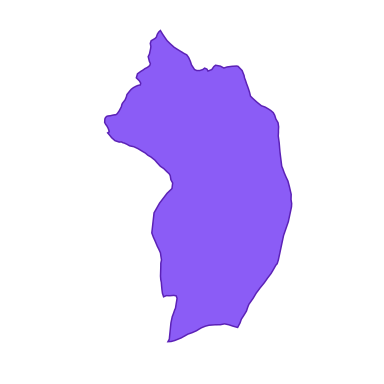 the district of Owan East, Edo, Nigeria, rotated 12°
{"feature_id": "59680162B90522809362613", "entity_name": "Owan East", "entity_type": "district", "adm_level": 2, "iso_a3": "NGA", "parent_name": "Nigeria", "parent_adm1": "Edo", "projection": "robinson", "projection_center": [6.02, 7.027], "detail": "fine", "context": "isolated", "style": "filled", "palette": "violet", "viewbox_px": 384, "rotation_deg": 12, "n_neighbors": 0, "source": "geoboundaries", "source_scale": "gbopen_adm2", "svg_char_len": 2838}
<svg xmlns="http://www.w3.org/2000/svg" viewBox="0 0 384 384"><g transform="rotate(12 192 192)"><path d="M271.7,140.3L269.6,134.2L268.6,130.9L267.1,125.9L265.7,122.0L264.7,119.2L264.2,115.9L263.7,113.6L263.2,110.3L261.8,106.4L258.8,103.1L256.9,99.7L255.5,98.1L255.0,97.5L252.1,95.9L249.2,94.8L245.8,93.7L241.9,93.2L236.6,90.5L231.8,87.7L229.3,86.1L227.4,82.2L225.5,78.9L223.5,75.7L223.0,75.0L221.8,72.9L221.1,71.7L219.6,69.4L218.7,67.2L215.8,62.8L213.3,61.1L210.9,59.5L209.5,59.5L205.1,60.7L200.3,62.4L197.4,64.1L193.6,63.0L188.7,63.1L187.3,64.8L185.9,68.1L182.5,70.4L182.0,69.8L181.0,68.7L178.6,68.2L177.2,69.9L174.3,71.6L171.4,72.2L169.0,71.7L165.1,67.8L163.2,64.5L160.7,61.1L158.3,58.9L155.6,58.2L148.6,55.7L144.3,54.1L139.5,51.3L136.1,49.1L133.2,46.4L130.3,43.6L127.5,40.6L126.2,42.4L125.3,44.8L124.9,48.0L124.0,49.4L122.5,50.8L120.6,52.5L120.3,55.3L121.5,58.2L121.7,60.3L121.7,61.3L121.7,65.9L121.0,68.7L123.1,73.0L124.6,75.1L124.6,75.6L124.3,77.2L122.8,79.0L122.1,79.7L120.3,81.1L119.1,82.5L116.6,84.9L115.0,86.7L114.1,87.7L113.8,91.9L117.4,94.2L119.2,96.2L119.2,98.0L117.0,99.0L115.5,100.0L113.0,102.1L111.2,104.2L110.2,106.0L109.0,108.4L108.1,110.2L108.0,112.7L107.4,115.8L105.5,119.7L105.2,121.1L105.2,123.2L104.5,125.7L103.9,127.8L102.6,130.9L101.4,132.3L99.9,132.7L98.3,133.4L96.2,134.4L94.0,135.1L92.8,135.8L91.9,137.2L91.6,138.6L92.1,142.1L93.6,143.9L94.8,144.9L96.4,146.7L97.6,148.5L98.5,150.3L97.2,151.7L98.7,152.8L102.1,155.6L106.0,157.8L110.3,158.3L112.7,157.7L114.2,158.2L115.6,158.2L117.7,158.7L118.0,158.7L121.4,159.8L125.8,159.8L130.1,160.8L134.9,162.5L138.3,163.6L141.2,165.2L144.6,166.3L149.0,168.5L151.9,170.7L155.7,173.4L159.6,175.0L163.0,177.2L165.9,178.9L166.6,179.7L167.3,180.5L168.8,184.4L171.2,187.2L171.3,188.3L171.7,192.8L167.9,198.4L162.6,209.6L159.2,220.3L159.3,221.1L161.2,240.4L163.6,244.2L166.1,247.6L169.5,252.5L171.4,254.8L173.8,258.1L174.8,260.9L176.3,264.8L176.3,268.1L177.2,272.6L178.7,280.9L179.7,284.3L180.4,285.9L180.7,286.5L182.0,290.9L183.1,294.3L184.1,297.1L186.0,300.4L188.4,298.7L191.8,298.1L195.7,296.9L198.1,296.9L199.5,299.1L200.0,309.2L199.6,310.8L199.1,314.8L198.6,318.1L198.6,324.3L200.4,340.7L199.6,343.4L202.6,342.6L205.9,340.9L211.7,337.0L217.5,331.9L221.3,329.6L225.2,326.8L227.6,324.5L229.5,322.8L232.9,320.5L236.3,318.8L242.1,317.1L247.4,315.9L251.2,314.2L255.6,314.2L259.9,314.7L264.8,315.0L266.2,310.1L266.7,306.2L268.6,301.2L270.0,297.2L270.5,292.8L271.0,290.0L273.9,283.2L275.8,277.6L278.6,271.5L281.5,265.9L283.1,262.2L283.9,260.2L284.0,260.1L286.3,255.2L287.8,250.7L289.2,246.2L290.2,244.5L290.6,240.6L290.6,215.5L292.4,201.0L292.4,195.4L292.4,192.2L292.4,185.9L291.9,182.6L290.4,178.7L290.3,178.1L289.5,173.7L286.1,166.4L283.6,161.4L280.7,157.6L278.6,154.6L278.3,154.2L275.9,150.3L274.4,148.1L271.7,140.3Z" fill="#8b5cf6" stroke="#5b21b6" stroke-width="1.5"/></g></svg>